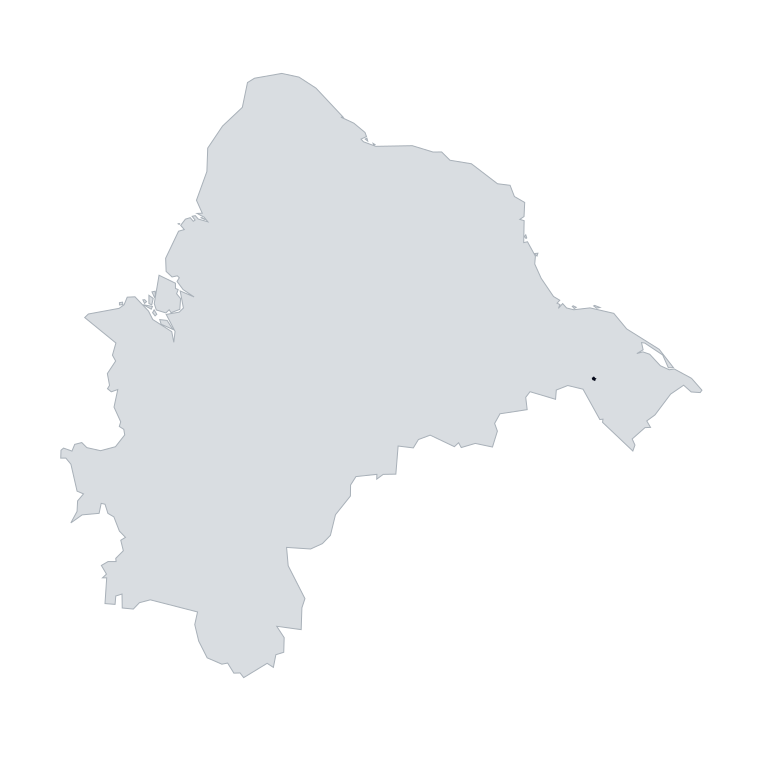 location of Sagrada Família, Rio Grande do Sul, Brazil, rotated 274°
{"feature_id": "56859067B13063970392536", "entity_name": "Sagrada Família", "entity_type": "district", "adm_level": 2, "iso_a3": "BRA", "parent_name": "Brazil", "parent_adm1": "Rio Grande do Sul", "projection": "mercator", "projection_center": [-53.123, -27.702], "detail": "fine", "context": "in_parent", "style": "filled", "palette": "ink", "viewbox_px": 768, "rotation_deg": 274, "n_neighbors": 0, "source": "geoboundaries", "source_scale": "gbopen_adm2", "svg_char_len": 4376}
<svg xmlns="http://www.w3.org/2000/svg" viewBox="0 0 768 768"><g transform="rotate(274 384 384)"><path d="M191.4,128.6L199.5,135.6L209.8,132.3L213.0,136.8L218.8,130.3L232.6,123.8L235.7,117.6L244.6,114.1L245.2,110.2L235.1,108.8L232.4,92.0L223.6,81.3L235.5,86.7L246.0,86.5L253.4,91.9L255.7,85.3L282.1,77.3L287.9,71.8L287.5,66.7L295.4,66.4L297.7,68.8L295.3,77.4L302.2,79.7L304.5,86.6L299.8,92.0L297.7,105.9L302.7,120.5L315.1,128.9L320.6,127.6L323.2,122.9L327.9,124.0L342.1,116.3L359.9,118.8L357.2,112.5L360.0,108.5L363.5,110.3L375.1,107.3L388.2,114.7L393.8,111.1L406.2,113.7L429.4,80.8L433.2,84.2L441.0,114.5L444.9,119.2L452.7,121.8L453.6,129.5L440.3,144.0L432.2,148.8L421.4,168.6L410.9,171.4L421.9,171.9L438.2,161.9L441.4,174.7L445.8,178.6L462.6,174.2L457.6,188.5L464.2,177.0L471.9,170.4L475.7,172.4L477.5,170.3L476.0,165.1L481.1,158.8L494.2,157.4L522.1,168.4L524.1,174.0L528.1,170.1L534.6,174.4L536.4,179.1L533.0,182.4L534.4,184.1L537.9,180.9L538.8,184.0L535.6,187.2L533.5,197.0L537.9,192.9L541.1,185.6L541.7,190.8L554.2,184.1L583.6,192.5L607.0,191.7L630.0,204.9L650.1,223.4L675.2,226.8L680.0,233.5L686.7,260.3L684.2,277.8L674.4,295.5L647.3,324.7L647.2,322.4L642.1,335.7L633.6,347.5L629.6,349.3L626.7,344.0L624.2,346.6L620.5,359.3L623.7,395.6L618.8,416.8L619.5,425.3L611.8,434.2L609.8,455.8L591.7,483.2L591.0,495.9L580.1,501.0L574.9,511.7L560.8,512.0L557.7,508.0L556.7,512.4L534.8,513.5L535.9,517.2L522.1,526.1L514.2,526.0L500.4,533.4L483.1,547.0L479.8,553.5L476.7,551.0L475.5,554.0L471.6,552.7L476.7,556.6L472.6,560.8L471.3,568.1L474.3,584.2L470.5,608.3L455.9,622.2L437.8,656.1L420.5,671.6L420.1,666.5L432.4,660.0L443.0,641.3L443.3,638.0L436.2,640.1L432.0,634.1L434.1,640.0L432.2,647.0L421.5,658.4L418.1,667.5L419.2,672.6L411.1,690.4L400.0,701.6L397.5,700.0L397.5,691.0L403.7,683.0L393.9,670.6L372.1,656.5L365.5,648.7L359.3,652.9L358.7,647.4L346.5,635.4L340.6,638.6L334.5,636.9L361.0,604.7L364.2,604.9L363.6,601.8L392.7,582.9L395.3,567.4L390.0,556.3L380.7,556.2L386.5,530.2L380.6,526.3L368.4,528.6L362.4,501.8L352.4,497.1L344.9,500.4L328.7,496.6L331.1,479.2L326.0,465.5L330.6,462.5L326.4,458.6L336.2,433.6L331.0,422.2L322.3,417.7L323.1,402.4L294.9,402.1L293.8,389.5L288.6,383.4L293.4,383.2L289.7,362.5L280.9,357.7L269.9,358.3L250.2,344.7L229.3,341.1L220.5,333.7L214.3,322.3L214.2,298.2L196.0,301.1L164.4,320.1L155.0,317.7L133.2,318.5L134.8,293.9L124.0,302.1L109.4,302.7L106.4,295.0L93.6,293.4L97.2,286.9L81.3,264.5L85.7,260.6L85.1,254.4L94.7,247.5L93.2,241.8L98.5,226.7L114.6,217.1L130.8,212.0L143.6,213.9L152.4,165.9L148.8,155.3L142.0,149.6L142.3,138.5L156.2,137.3L153.8,131.2L145.4,131.1L145.5,121.0L171.3,120.9L171.0,116.7L175.0,120.4L183.3,114.7L187.6,121.1L188.2,129.1L191.4,128.6ZM448.2,149.2L476.8,152.0L470.0,168.9L464.8,169.3L463.8,172.1L459.6,170.8L455.0,175.1L444.2,175.1L440.3,166.6L443.1,164.5L439.7,161.4L442.0,151.7L448.2,149.2ZM423.7,169.6L428.1,157.5L432.6,155.8L432.3,163.2L423.7,169.6ZM456.1,143.3L453.3,147.8L446.8,146.8L447.8,143.9L456.1,143.3ZM446.3,138.3L445.2,147.6L442.4,146.6L446.3,138.3ZM460.6,149.2L456.5,149.7L454.6,148.9L459.7,146.1L460.6,149.2ZM441.9,149.5L437.7,152.5L436.0,150.9L439.0,148.2L441.9,149.5ZM449.6,141.4L447.7,139.5L451.1,137.6L451.4,139.4L449.6,141.4ZM447.4,117.5L445.0,117.9L444.4,114.6L446.7,114.4L447.4,117.5ZM475.4,594.1L474.5,590.8L476.5,587.7L477.1,588.6L475.4,594.1ZM524.6,524.8L525.2,528.4L522.3,527.7L524.6,524.8ZM473.9,570.4L472.6,568.5L474.6,566.4L475.2,567.3L473.9,570.4ZM537.2,190.9L535.4,194.4L537.2,189.4L537.2,190.9ZM628.1,349.8L625.2,350.8L627.0,348.1L628.1,349.8ZM542.7,515.0L539.7,516.2L539.1,515.5L540.9,513.8L542.7,515.0ZM623.3,356.3L622.2,358.3L621.6,357.0L623.3,356.3ZM529.6,167.0L529.7,168.9L528.9,168.6L529.6,167.0Z" fill="#d9dde1" stroke="#a8b0b8" stroke-width="1"/><path d="M403.3,592.3L403.3,592.5L403.3,592.9L403.3,593.0L403.2,592.9L403.2,593.0L403.0,593.3L402.9,593.3L402.7,593.4L402.6,593.5L402.8,593.7L402.8,593.8L402.9,594.0L403.0,593.9L403.3,593.8L403.5,593.7L403.5,593.8L403.8,593.9L403.9,594.0L403.9,593.9L404.0,593.8L404.0,593.7L404.3,593.6L404.5,593.5L404.6,593.4L404.4,593.4L404.2,593.4L404.0,593.2L404.3,593.2L404.5,593.1L404.4,593.1L404.4,592.9L404.3,593.0L404.2,593.0L404.1,592.9L404.2,592.7L404.3,592.5L404.5,592.5L404.6,592.4L404.3,592.3L404.2,592.4L404.0,592.2L403.9,592.1L403.9,591.9L403.7,592.0L403.3,592.3L403.3,592.3Z" fill="#0f172a" stroke="#020617" stroke-width="1.5"/></g></svg>